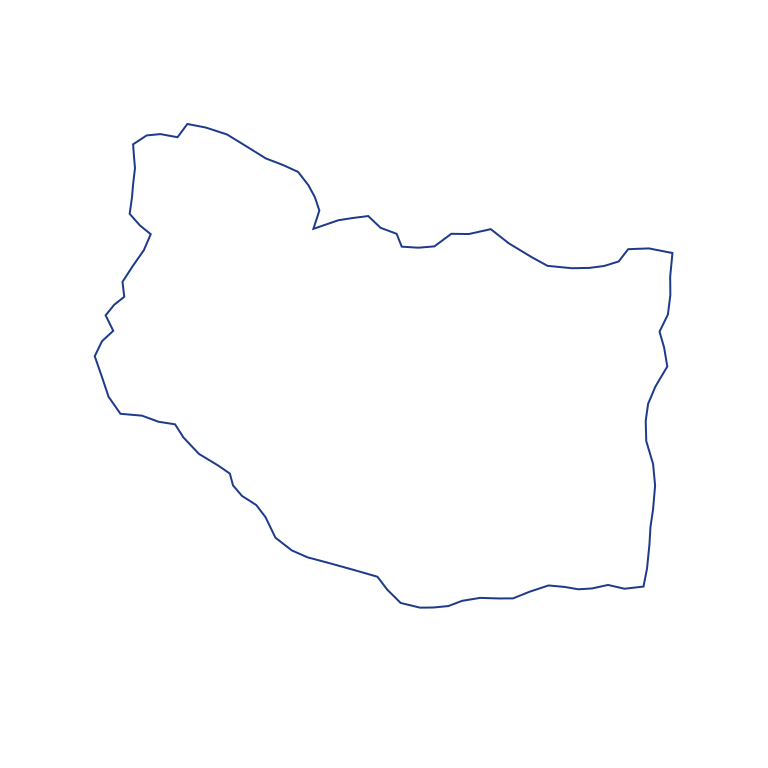 Igarapé, Minas Gerais, Brazil (Robinson projection), rotated 283°
{"feature_id": "56859067B24887316666263", "entity_name": "Igarapé", "entity_type": "district", "adm_level": 2, "iso_a3": "BRA", "parent_name": "Brazil", "parent_adm1": "Minas Gerais", "projection": "robinson", "projection_center": [-44.318, -20.058], "detail": "fine", "context": "isolated", "style": "outline", "palette": "blue", "viewbox_px": 768, "rotation_deg": 283, "n_neighbors": 0, "source": "geoboundaries", "source_scale": "gbopen_adm2", "svg_char_len": 1428}
<svg xmlns="http://www.w3.org/2000/svg" viewBox="0 0 768 768"><g transform="rotate(283 384 384)"><path d="M576.5,635.6L575.7,611.6L570.3,591.6L556.2,585.1L548.5,571.9L543.3,557.9L539.1,541.1L535.9,516.8L540.8,499.4L549.2,473.8L558.9,453.2L549.2,432.9L545.5,415.8L529.4,402.1L524.5,386.7L521.8,370.4L533.2,362.5L535.4,345.6L544.1,330.8L538.4,315.4L533.2,302.5L519.3,280.3L538.4,282.0L550.5,274.6L560.6,265.7L571.3,252.6L574.5,237.2L577.2,218.1L585.4,194.1L591.8,175.0L593.8,152.4L593.1,133.9L578.0,127.3L577.2,109.9L572.8,96.8L561.1,85.6L549.8,89.1L538.4,92.8L523.0,94.5L508.7,96.5L492.6,97.9L483.6,110.5L477.5,123.0L460.4,119.9L442.5,112.7L424.7,106.2L410.6,111.3L400.5,103.3L388.3,97.3L374.9,108.2L362.3,99.6L346.0,95.9L327.4,107.6L309.6,118.5L295.7,133.9L298.7,155.3L296.5,172.7L297.7,189.5L286.8,200.6L274.2,219.5L267.2,240.9L262.0,254.0L251.2,259.7L243.0,270.8L237.3,286.8L227.6,298.5L209.8,312.8L201.1,331.6L197.9,348.5L197.2,369.6L196.0,397.0L194.7,421.0L184.3,433.5L174.4,449.5L174.2,469.5L177.4,482.6L182.1,496.6L190.3,508.9L197.2,525.7L200.9,544.2L204.1,557.9L214.3,572.5L224.7,589.6L226.9,605.6L227.7,619.6L231.6,632.7L238.6,647.5L238.6,664.4L245.0,682.4L263.3,681.8L287.6,678.7L304.6,675.8L322.2,674.4L346.0,671.0L366.8,664.1L387.3,652.4L406.9,647.3L424.0,645.8L442.5,649.0L464.8,656.1L482.6,648.7L497.0,640.7L515.6,645.0L535.1,643.0L552.9,638.7L576.5,635.6Z" fill="none" stroke="#1e3a8a" stroke-width="2"/></g></svg>